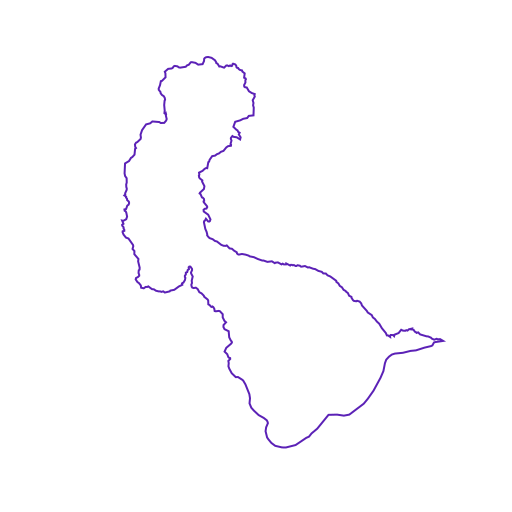 Brasil Novo, Pará, Brazil, rotated 134°
{"feature_id": "56859067B45799313121530", "entity_name": "Brasil Novo", "entity_type": "district", "adm_level": 2, "iso_a3": "BRA", "parent_name": "Brazil", "parent_adm1": "Pará", "projection": "natural_earth1", "projection_center": [-52.726, -3.304], "detail": "fine", "context": "isolated", "style": "outline", "palette": "violet", "viewbox_px": 512, "rotation_deg": 134, "n_neighbors": 0, "source": "geoboundaries", "source_scale": "gbopen_adm2", "svg_char_len": 6116}
<svg xmlns="http://www.w3.org/2000/svg" viewBox="0 0 512 512"><g transform="rotate(134 256 256)"><path d="M357.2,186.4L355.6,184.9L354.6,180.1L354.5,178.7L355.7,174.4L360.0,164.8L362.5,161.5L366.5,158.3L368.4,154.0L368.7,150.2L368.6,143.6L367.1,137.9L366.7,134.1L367.3,132.4L368.0,131.3L372.2,129.7L375.4,127.4L378.8,122.0L379.3,119.6L379.8,115.1L379.2,110.3L375.6,104.3L373.0,101.5L364.5,96.2L351.8,93.5L349.2,92.4L345.0,92.8L337.7,92.0L319.9,93.5L313.8,87.5L309.8,81.9L305.3,78.7L287.4,75.9L281.0,76.4L271.3,77.9L257.2,81.8L250.3,84.4L243.5,88.8L240.1,90.3L236.0,90.4L232.5,89.8L229.7,88.3L223.6,83.1L216.9,78.9L212.8,75.4L204.8,71.1L199.2,67.5L197.8,67.0L194.6,67.9L193.6,67.4L187.1,62.4L187.9,65.8L189.7,67.4L190.0,68.5L192.4,69.7L193.3,72.1L193.2,73.4L194.3,76.3L195.3,77.5L198.4,83.5L198.3,86.3L199.8,87.1L199.7,88.2L200.1,89.1L199.6,91.6L201.0,93.4L200.2,93.6L202.5,95.1L204.4,95.2L205.0,96.4L206.0,96.6L207.6,98.4L208.2,100.3L212.4,99.9L216.3,101.7L217.7,101.0L217.6,102.4L219.3,104.3L220.2,104.2L221.0,103.3L221.4,105.8L222.2,106.7L221.2,109.2L220.5,115.3L219.1,120.3L219.2,123.5L218.7,126.8L219.0,129.3L218.1,131.7L219.0,136.4L218.5,138.2L218.0,145.4L217.0,147.4L216.8,149.8L218.0,152.2L218.9,152.4L220.3,154.4L220.4,155.4L219.8,158.0L219.1,159.0L219.9,161.4L218.8,164.2L219.1,166.3L218.9,167.3L219.5,169.5L218.8,172.5L219.3,175.0L218.5,177.7L218.8,180.2L218.1,181.1L219.1,188.3L220.2,191.1L220.1,193.6L221.8,195.5L221.7,197.7L223.4,200.8L224.3,204.3L225.5,206.1L227.2,210.0L228.2,210.6L229.2,213.8L232.0,215.8L232.5,216.5L232.5,217.7L233.8,219.7L235.1,220.0L235.7,220.6L236.2,222.5L237.1,223.0L237.4,224.0L238.2,224.8L239.1,224.8L240.4,229.1L241.2,228.6L242.7,230.1L243.0,231.5L244.3,231.8L245.4,235.8L247.2,237.3L248.1,237.5L248.8,240.9L252.3,243.7L254.0,247.4L254.9,248.3L256.9,252.6L258.3,256.7L260.7,260.4L260.8,261.5L262.3,264.5L264.3,267.5L266.9,269.3L267.3,270.1L267.4,271.4L266.7,272.4L267.4,275.5L267.5,278.3L268.9,280.3L268.7,284.4L269.7,284.8L271.1,286.3L272.1,288.7L272.7,294.2L273.7,296.0L274.0,298.8L275.4,301.9L275.3,304.2L275.0,305.6L274.3,306.1L272.9,308.4L271.7,311.3L267.9,316.9L267.0,317.5L266.0,317.3L264.0,317.9L264.4,314.5L263.8,313.6L263.0,313.4L261.3,314.2L259.5,319.1L260.3,324.5L259.2,325.8L257.7,325.7L256.3,324.6L254.6,325.1L254.2,325.9L253.6,331.0L253.1,331.7L252.3,331.6L251.1,333.1L251.0,334.7L251.4,335.6L250.0,338.9L250.2,340.0L249.4,340.3L244.0,340.0L241.6,341.6L239.9,346.5L238.9,347.1L239.2,350.2L239.0,351.4L237.8,353.0L236.9,353.2L235.6,354.9L231.9,353.6L229.0,353.5L227.2,352.9L226.7,352.1L221.6,355.5L220.7,355.3L219.0,356.2L214.6,356.9L212.3,355.2L209.8,354.8L208.0,353.9L205.4,353.6L203.0,352.4L198.5,352.8L196.4,352.4L194.1,350.6L193.3,351.2L193.2,352.1L190.0,353.8L189.2,355.5L188.4,356.1L186.1,356.3L185.9,355.0L184.0,352.3L183.2,348.4L181.3,349.5L180.5,352.8L178.7,353.4L179.1,354.9L178.5,356.6L178.8,357.8L178.8,362.0L173.9,364.2L169.4,361.6L166.2,360.5L162.9,358.2L160.2,358.5L156.6,355.5L150.8,360.7L149.6,362.8L147.7,364.1L146.2,366.6L142.2,367.6L141.5,368.8L140.4,369.4L141.7,372.2L142.4,375.5L141.2,379.7L142.2,381.1L142.3,382.1L141.3,383.3L138.6,384.1L136.9,385.8L135.8,386.1L135.5,386.9L136.0,388.4L132.5,391.0L132.8,394.0L132.2,394.9L133.3,396.8L133.5,398.3L133.2,399.5L133.8,400.4L133.7,401.3L132.8,402.5L132.6,404.0L133.6,406.1L134.5,406.1L135.7,405.3L136.7,405.8L136.9,407.0L138.3,407.4L138.9,409.1L139.6,409.7L142.7,409.8L144.4,413.5L145.2,414.0L144.4,417.2L144.8,418.6L144.2,419.5L143.7,421.5L144.3,425.6L146.1,428.7L147.7,430.0L149.2,430.4L150.1,430.3L151.9,428.8L155.1,427.7L158.5,430.5L159.1,433.7L161.1,436.8L162.0,437.5L165.2,437.2L166.6,438.0L168.7,438.0L173.2,441.4L174.0,442.7L174.1,444.2L175.7,446.5L176.7,446.9L178.7,446.6L179.8,447.0L182.4,449.2L186.8,449.6L187.5,448.1L190.3,445.2L195.4,445.3L196.3,445.9L199.8,443.7L203.2,442.3L204.0,441.4L204.4,438.6L205.2,437.6L205.5,435.5L205.1,433.3L205.7,431.4L206.8,429.9L207.7,429.7L211.2,426.9L214.8,422.7L216.9,421.1L216.8,419.9L216.0,420.0L216.6,419.0L217.6,418.4L219.5,415.4L221.0,414.7L224.0,414.5L226.5,416.9L226.8,418.6L231.2,424.0L234.1,424.3L237.7,426.5L244.6,425.4L249.0,423.3L250.7,421.1L252.0,420.3L256.5,420.5L257.8,421.0L259.8,420.6L261.4,418.7L261.7,417.3L262.9,417.4L267.5,413.8L270.8,413.7L272.2,414.1L275.9,413.3L280.4,414.5L287.9,407.9L289.4,405.7L289.9,403.1L293.0,400.0L294.7,399.1L296.5,397.2L297.1,396.0L298.2,395.0L301.8,393.7L302.5,392.8L303.9,392.8L303.5,390.7L304.2,390.2L304.4,388.6L305.3,387.5L305.2,385.3L306.0,384.1L307.5,383.3L309.2,383.6L312.4,382.1L313.9,383.0L314.7,381.9L314.4,380.7L315.0,379.3L317.2,376.1L319.7,374.9L322.9,375.9L323.5,376.9L324.9,373.7L326.5,374.0L327.1,373.3L327.3,371.2L328.2,370.4L328.6,369.0L329.4,368.2L330.8,369.1L331.5,368.6L332.6,366.2L333.1,362.3L332.0,359.9L333.5,352.1L334.2,351.1L336.7,349.7L336.9,346.9L339.2,344.8L339.8,338.5L341.7,337.1L345.2,331.6L346.7,330.3L347.7,330.4L348.5,329.8L349.9,328.6L350.5,327.2L351.3,326.3L353.0,326.3L355.2,327.0L356.4,326.3L357.1,323.2L356.8,321.3L357.2,318.4L358.6,316.6L357.2,314.3L354.9,313.9L353.8,312.7L352.7,312.4L352.1,307.8L350.9,306.3L350.5,303.9L349.0,301.3L348.0,300.3L347.5,299.1L345.9,298.2L345.6,296.2L341.4,293.5L340.4,293.6L337.1,291.3L331.4,290.3L327.9,289.0L327.3,290.1L326.5,290.2L325.7,289.7L322.7,290.4L320.8,291.6L320.5,292.6L319.5,293.5L318.1,293.6L316.7,294.9L315.4,294.3L313.5,295.4L312.0,295.1L310.9,296.6L309.9,296.6L309.2,295.8L309.7,293.1L310.5,292.2L313.0,291.3L313.6,290.6L314.7,287.3L318.4,285.1L319.9,283.3L321.7,282.5L322.8,280.8L323.0,280.0L322.4,278.6L320.6,277.3L320.3,275.0L321.4,271.6L320.7,269.2L320.8,265.9L321.3,265.0L320.9,260.6L321.2,259.5L323.9,256.7L323.5,255.2L323.7,253.2L323.4,252.4L322.6,252.3L322.4,251.3L322.9,249.4L324.3,247.5L323.7,246.5L321.3,244.6L320.8,243.6L321.0,239.5L323.3,237.3L324.6,233.6L324.5,231.5L328.2,231.4L329.7,230.1L330.5,227.8L329.1,223.4L333.1,218.8L334.3,215.4L334.4,214.0L335.0,213.2L336.5,213.0L342.7,213.6L346.6,212.2L346.6,208.5L347.9,205.8L348.0,204.9L347.4,203.7L348.0,203.0L350.7,203.0L352.0,201.2L354.5,199.2L355.6,197.0L357.2,192.0L357.2,186.4Z" fill="none" stroke="#5b21b6" stroke-width="2"/></g></svg>